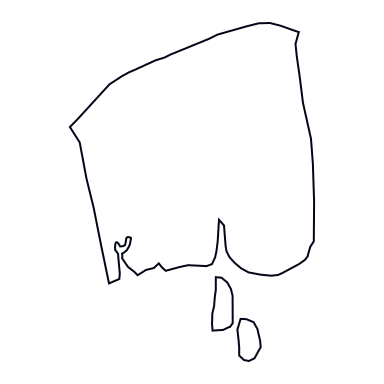 Idid 03, Palau
{"feature_id": "81905179B3672705563325", "entity_name": "Idid 03", "entity_type": "district", "adm_level": 2, "iso_a3": "PLW", "parent_name": "Palau", "parent_adm1": "", "projection": "robinson", "projection_center": [134.485, 7.342], "detail": "fine", "context": "isolated", "style": "outline", "palette": "ink", "viewbox_px": 384, "rotation_deg": 0, "n_neighbors": 0, "source": "geoboundaries", "source_scale": "gbopen_adm2", "svg_char_len": 1771}
<svg xmlns="http://www.w3.org/2000/svg" viewBox="0 0 384 384"><path d="M298.8,32.1L292.6,30.0L280.2,25.6L269.9,23.0L258.7,23.3L245.6,26.6L217.2,34.7L209.5,38.6L179.2,51.0L170.8,54.4L164.6,57.5L155.4,60.4L132.6,70.8L129.4,72.1L121.9,76.2L109.5,84.3L101.9,92.6L77.3,119.5L69.9,127.0L79.7,142.4L86.5,178.7L93.6,207.5L100.9,244.3L109.0,283.4L119.3,279.0L119.8,273.6L118.3,257.2L118.1,254.0L116.5,251.6L115.2,250.0L115.0,247.2L115.5,243.3L116.2,242.3L116.9,242.3L118.1,243.1L119.1,244.7L120.1,246.4L121.6,246.4L123.4,246.0L125.1,245.0L125.9,241.1L126.2,238.4L127.4,237.1L129.1,237.1L131.0,237.9L130.5,241.1L129.8,244.7L128.3,247.7L126.8,250.2L124.7,252.0L122.0,253.7L122.4,255.7L122.1,258.2L122.6,259.0L127.9,266.8L134.5,272.0L137.6,275.2L142.3,272.3L146.0,269.9L153.7,268.1L158.8,263.4L161.8,267.2L165.7,270.8L179.7,267.0L188.0,265.2L206.7,266.1L212.0,264.1L215.1,257.4L216.5,250.9L217.7,241.1L219.0,219.8L224.0,225.5L225.6,246.0L226.5,251.2L229.5,257.2L234.6,262.8L241.1,268.3L248.6,272.4L260.2,274.6L271.2,275.7L277.9,275.0L282.4,273.0L299.0,264.1L304.9,259.9L307.9,256.0L307.9,255.0L310.3,246.7L313.8,241.4L314.1,201.8L312.9,164.4L311.0,138.8L303.0,103.0L299.6,76.0L296.8,56.5L295.5,44.0L298.8,32.1ZM212.6,330.6L223.2,329.9L228.5,327.3L230.0,326.9L232.7,323.2L232.6,295.9L230.9,288.9L229.6,286.7L227.3,282.5L224.4,280.1L221.7,277.8L217.3,277.3L215.8,277.2L215.8,289.9L215.5,292.3L214.9,296.2L214.2,304.5L214.1,306.2L212.3,313.6L212.2,319.3L212.0,323.6L212.6,330.6ZM243.2,319.0L240.6,318.9L237.4,329.6L238.6,340.3L238.9,344.3L239.2,346.9L239.2,355.6L243.9,360.0L248.9,361.0L254.5,358.3L256.0,355.6L258.1,351.7L260.7,347.2L260.5,345.1L260.1,340.6L258.6,334.3L257.4,328.9L253.6,322.2L247.9,319.8L246.5,319.2L243.2,319.0Z" fill="none" stroke="#020617" stroke-width="2"/></svg>